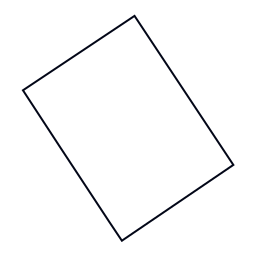 the district of Hamilton, Illinois, United States of America, rotated 326°
{"feature_id": "52423323B64149678111628", "entity_name": "Hamilton", "entity_type": "district", "adm_level": 2, "iso_a3": "USA", "parent_name": "United States of America", "parent_adm1": "Illinois", "projection": "albers", "projection_center": [-88.539, 38.082], "detail": "fine", "context": "isolated", "style": "outline", "palette": "ink", "viewbox_px": 256, "rotation_deg": 326, "n_neighbors": 0, "source": "geoboundaries", "source_scale": "gbopen_adm2", "svg_char_len": 256}
<svg xmlns="http://www.w3.org/2000/svg" viewBox="0 0 256 256"><g transform="rotate(326 128 128)"><path d="M194.7,217.5L194.7,217.1L196.1,38.7L62.0,38.0L61.0,105.6L60.0,195.2L59.9,218.0L194.7,217.5Z" fill="none" stroke="#020617" stroke-width="2"/></g></svg>